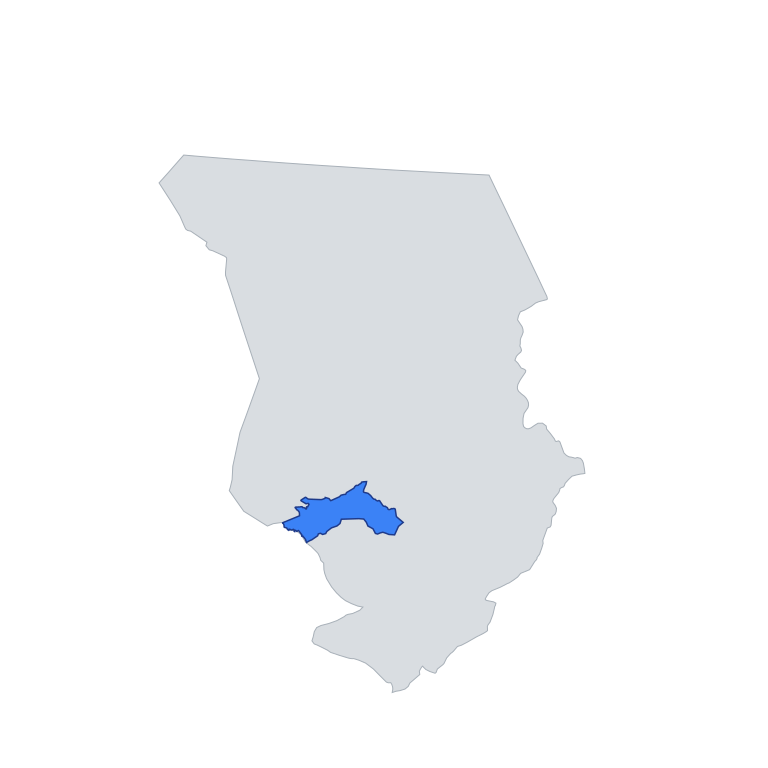 Hadjer-Lamis highlighted on a map of Chad, rotated 337°
{"feature_id": "TCD-1464", "entity_name": "Hadjer-Lamis", "entity_type": "Prefecture", "adm_level": 1, "iso_a3": "TCD", "parent_name": "Chad", "parent_adm1": "", "projection": "orthographic", "projection_center": [15.964, 12.449], "detail": "fine", "context": "in_parent", "style": "filled", "palette": "blue", "viewbox_px": 768, "rotation_deg": 337, "n_neighbors": 0, "source": "natural_earth", "source_scale": "10m", "svg_char_len": 7480}
<svg xmlns="http://www.w3.org/2000/svg" viewBox="0 0 768 768"><g transform="rotate(337 384 384)"><path d="M562.3,232.7L563.0,248.7L563.8,264.8L564.5,281.0L565.2,297.1L565.9,313.2L566.6,329.4L567.3,345.6L567.9,361.7L568.1,367.1L567.7,369.2L567.6,369.5L566.9,369.9L558.6,368.7L555.0,368.7L550.0,370.0L542.6,370.9L537.7,370.8L534.5,373.7L532.0,377.1L533.5,385.1L533.3,387.8L532.4,390.6L530.2,393.0L528.0,395.0L526.7,396.7L525.1,400.3L523.9,402.1L524.1,404.3L523.7,406.8L522.4,408.0L519.0,409.1L516.7,410.2L515.0,412.0L513.8,413.3L514.5,414.9L515.4,417.2L516.1,420.8L516.5,422.9L518.2,424.5L519.3,425.7L519.7,427.2L518.7,428.5L514.5,431.2L512.9,432.2L510.9,433.6L510.2,434.1L507.1,436.7L505.6,438.9L504.9,440.8L505.0,443.3L506.7,447.0L508.5,450.2L509.3,452.6L509.7,455.2L509.6,457.7L508.8,460.0L507.3,462.0L501.4,465.8L498.6,469.9L496.4,474.9L495.9,477.7L496.6,479.4L497.8,480.9L499.6,481.7L502.2,481.8L506.4,480.9L510.4,480.3L514.6,482.0L516.9,486.0L516.1,489.1L517.8,494.6L519.4,501.2L519.4,503.4L520.0,504.2L522.6,504.6L523.3,506.1L522.7,517.8L524.0,521.0L525.8,523.3L527.8,524.5L529.8,526.0L530.9,527.0L533.2,527.2L535.9,529.3L536.7,532.1L536.6,534.8L535.2,540.8L534.0,544.8L532.5,544.5L529.4,543.6L525.6,542.9L521.0,542.3L516.6,544.0L511.9,546.2L510.5,547.8L509.1,548.8L507.0,548.7L505.1,549.0L504.1,550.5L502.4,552.2L495.6,555.8L494.2,557.0L493.3,558.3L493.4,559.6L494.1,562.4L494.2,565.8L492.7,568.6L490.9,570.6L488.9,571.3L487.2,571.7L486.1,572.9L482.6,579.3L481.1,580.5L478.0,580.4L469.0,590.1L468.2,592.9L464.9,596.9L460.7,601.4L457.0,603.6L456.7,604.4L455.7,605.3L453.4,606.3L445.5,611.8L435.8,611.7L431.6,613.9L427.4,614.9L421.4,616.0L419.6,615.9L411.8,616.5L402.6,616.4L399.1,617.2L395.9,619.3L393.5,621.1L393.1,621.7L393.5,622.5L393.4,623.0L399.8,627.4L401.4,629.5L399.8,631.6L399.1,631.9L399.0,632.0L397.9,633.7L394.2,638.7L388.6,644.6L385.7,646.3L384.5,647.4L383.0,651.3L382.0,651.8L378.1,652.4L370.3,652.9L359.6,654.2L353.1,654.7L349.1,654.3L343.5,657.1L341.5,657.8L340.2,658.0L334.7,660.6L330.0,664.7L328.4,665.4L321.8,667.2L319.2,669.9L318.0,670.2L313.8,666.5L311.0,663.2L309.6,659.9L309.4,658.8L308.6,659.0L306.3,660.5L304.3,662.2L303.4,665.4L296.6,667.6L290.9,669.4L288.2,671.8L284.2,673.0L279.0,672.5L275.0,671.5L271.0,671.2L272.9,668.3L273.6,666.1L273.8,663.4L273.5,661.6L271.2,660.7L269.7,659.3L266.3,650.9L262.9,642.2L258.0,633.7L252.7,628.2L248.8,624.9L247.6,624.5L245.6,623.4L244.2,622.4L237.2,616.6L229.9,610.1L228.1,607.1L224.4,602.7L220.4,598.1L218.2,596.0L217.3,592.3L220.1,589.0L223.1,584.7L226.9,581.9L231.7,581.7L239.6,582.9L248.1,583.4L256.5,582.6L258.7,581.9L260.9,582.0L265.4,583.0L273.3,582.8L277.4,581.1L273.0,578.1L268.3,573.5L263.9,568.4L261.2,563.7L258.7,557.8L256.5,550.4L255.1,540.8L255.4,535.4L256.1,531.6L258.5,525.3L256.9,521.6L257.3,518.7L257.1,514.3L256.3,512.0L253.3,504.7L252.7,503.9L250.0,498.8L248.8,490.3L245.8,484.8L240.9,482.0L238.2,478.7L237.2,472.9L235.3,471.4L227.6,469.3L221.2,469.2L216.6,462.7L210.7,454.2L205.2,446.4L201.8,430.7L199.9,421.7L202.2,419.0L206.8,412.7L212.7,400.6L225.9,381.8L232.6,372.2L246.0,357.9L262.3,340.3L271.4,330.4L272.9,312.3L274.5,293.1L275.7,278.7L277.2,261.5L278.5,247.2L279.4,236.8L280.6,222.1L281.7,219.3L287.9,207.7L288.4,206.2L287.3,204.2L278.4,194.4L275.6,192.2L274.1,187.1L276.4,184.3L265.8,167.8L263.1,165.8L262.0,163.8L261.9,160.8L261.8,149.5L259.1,131.7L255.5,111.0L267.9,105.2L277.2,100.7L289.1,95.0L300.2,100.9L316.2,109.3L332.3,117.7L348.5,126.0L364.7,134.4L380.9,142.7L397.2,151.0L413.6,159.3L430.0,167.5L446.4,175.8L462.8,184.0L479.3,192.2L495.9,200.3L512.4,208.4L529.0,216.5L545.6,224.6L562.3,232.7Z" fill="#d9dde1" stroke="#a8b0b8" stroke-width="1"/><path d="M238.7,480.7L238.4,480.5L238.3,480.2L238.3,478.8L237.7,478.1L236.6,477.3L236.2,476.8L236.3,476.3L236.8,474.7L236.9,473.9L236.8,473.3L236.5,472.8L236.0,472.2L235.9,472.2L236.6,472.1L254.3,472.3L254.6,472.2L254.8,472.2L254.9,471.9L255.2,471.1L255.7,469.8L255.9,468.9L255.9,468.7L255.2,466.4L255.0,466.1L254.9,466.0L254.6,465.8L254.5,465.6L254.4,465.4L254.4,464.7L254.3,464.1L254.1,463.8L254.0,463.4L253.9,463.3L253.9,463.1L254.0,462.9L254.5,462.8L255.2,463.0L255.8,463.3L256.5,463.6L257.0,463.7L257.3,463.8L257.5,463.9L257.7,464.0L258.1,464.2L259.1,464.4L260.3,464.8L260.5,464.9L260.6,465.0L260.8,465.3L260.8,465.7L260.8,465.9L260.9,466.0L261.1,466.1L261.9,466.5L262.1,466.6L262.3,466.9L262.4,467.0L262.5,467.1L262.8,467.4L263.0,468.1L263.1,468.3L263.4,468.5L263.5,468.6L263.9,468.6L264.1,468.3L264.2,468.1L264.3,467.9L264.3,467.4L264.4,467.2L264.5,467.1L264.7,466.9L265.0,466.8L265.4,466.9L265.6,467.1L265.8,467.2L267.8,465.6L267.9,465.4L267.9,465.1L267.7,464.5L267.6,464.4L267.5,464.2L267.3,464.2L265.6,463.8L265.4,463.8L265.3,463.7L265.2,463.5L262.1,459.2L262.0,458.8L262.1,458.6L262.5,458.4L267.0,457.6L267.4,457.6L267.6,457.8L267.8,457.9L268.6,459.3L269.0,459.9L269.6,460.5L270.0,460.7L274.2,462.7L280.6,465.7L281.8,466.1L284.3,466.2L285.2,466.1L285.6,465.5L288.5,467.9L288.7,468.2L289.3,470.5L289.7,470.6L298.5,470.4L298.8,470.4L299.4,470.2L300.1,469.9L300.6,469.7L300.9,469.6L301.2,469.6L302.5,469.8L302.9,469.9L303.8,470.0L304.3,470.1L304.8,470.3L305.1,470.5L305.4,470.5L305.6,470.5L305.9,470.3L306.1,470.2L306.5,469.8L306.8,469.5L307.1,469.3L315.2,468.2L315.6,468.1L315.9,467.9L316.2,467.7L316.8,467.2L317.0,467.1L317.4,466.9L318.1,466.7L318.4,466.6L318.7,466.5L318.9,466.5L319.4,466.8L319.7,466.9L320.6,467.1L320.9,467.1L321.5,466.8L321.9,466.7L323.9,466.4L324.2,466.3L324.4,466.2L324.9,465.7L325.0,465.6L325.3,465.6L327.2,466.1L329.8,467.0L328.3,469.3L327.7,469.9L327.2,470.3L324.1,473.3L323.2,474.7L323.1,474.9L323.0,475.1L323.0,475.4L323.1,475.6L323.2,475.8L323.3,475.9L324.4,476.8L325.2,477.3L326.3,478.2L326.6,478.4L328.1,481.4L328.2,481.7L328.8,484.1L329.3,485.4L329.6,485.8L329.8,486.1L330.1,486.3L330.4,486.4L330.6,486.5L330.8,486.6L330.9,486.9L331.2,487.7L331.4,488.0L331.5,488.2L331.8,488.5L332.1,488.9L332.2,489.0L332.4,489.1L332.5,489.2L333.0,489.3L333.4,489.2L333.6,489.2L333.9,489.3L334.1,489.5L334.4,489.8L334.4,490.2L334.5,490.6L335.4,495.2L335.5,495.7L336.2,496.5L336.3,496.6L336.5,496.7L337.3,497.0L337.5,497.1L337.6,497.3L337.7,497.5L338.0,498.1L338.1,498.3L338.4,498.6L338.7,499.0L338.8,499.2L338.8,499.5L338.8,500.5L338.8,500.8L338.9,501.0L339.4,501.5L339.6,501.6L339.9,501.7L340.4,501.8L340.8,501.8L341.0,501.8L341.6,501.7L341.8,501.6L342.0,501.6L342.4,501.7L342.6,502.0L342.8,502.0L343.0,502.1L343.7,502.2L343.9,502.2L344.1,502.3L344.4,502.5L344.6,502.6L344.9,502.8L345.2,502.9L345.4,503.8L343.8,509.9L343.7,510.4L343.7,511.0L343.9,511.6L347.6,518.9L341.7,520.7L334.8,527.0L329.7,524.4L327.5,522.2L325.0,520.0L322.4,519.6L319.5,519.6L317.7,518.2L317.3,513.0L315.5,510.7L313.7,508.5L313.7,504.4L312.6,500.4L308.2,498.1L291.9,491.8L289.0,495.2L285.3,496.3L279.5,495.9L273.7,497.4L271.9,498.9L268.7,498.5L267.2,496.6L265.0,496.3L263.6,497.8L260.0,498.5L256.7,499.2L254.2,499.2L250.8,499.6L250.9,497.1L251.0,496.7L250.4,494.0L249.9,493.1L249.9,492.9L249.9,492.5L249.9,492.4L249.7,492.2L249.3,492.2L249.4,492.4L249.1,492.1L248.9,492.0L248.9,491.6L249.0,491.3L249.3,490.8L249.4,490.6L248.3,486.1L247.9,485.4L246.7,485.6L246.1,485.6L245.8,485.0L245.7,484.6L245.5,484.3L245.2,484.0L244.8,483.8L244.7,484.0L244.1,484.9L243.7,484.3L244.2,483.1L244.0,482.5L243.4,482.3L242.4,482.5L241.8,482.2L241.6,482.0L241.0,481.6L240.8,481.4L240.8,481.2L240.5,480.8L240.2,480.9L239.6,481.4L239.2,481.5L239.1,481.3L239.0,480.9L239.0,480.6L238.7,480.7Z" fill="#3b82f6" stroke="#1e3a8a" stroke-width="1.5"/></g></svg>